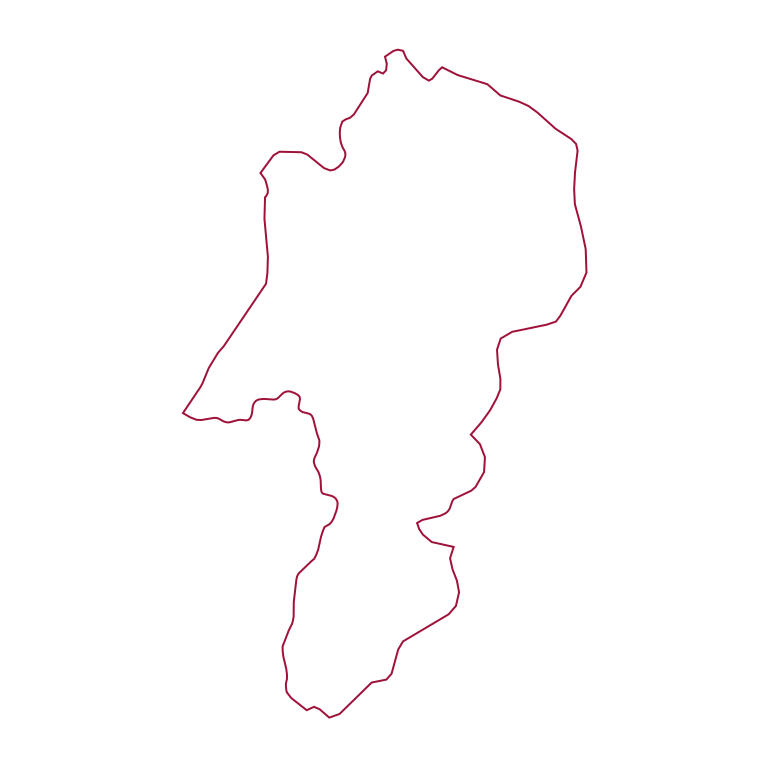 the border of Brescia, rotated 181°
{"feature_id": "ITA-5445", "entity_name": "Brescia", "entity_type": "Province", "adm_level": 1, "iso_a3": "ITA", "parent_name": "Italy", "parent_adm1": "", "projection": "orthographic", "projection_center": [10.383, 45.779], "detail": "fine", "context": "isolated", "style": "outline", "palette": "rose", "viewbox_px": 768, "rotation_deg": 181, "n_neighbors": 0, "source": "natural_earth", "source_scale": "10m", "svg_char_len": 3413}
<svg xmlns="http://www.w3.org/2000/svg" viewBox="0 0 768 768"><g transform="rotate(181 384 384)"><path d="M197.1,588.0L197.1,587.6L197.3,582.3L196.3,567.1L189.9,545.2L184.7,522.5L183.5,499.0L189.3,484.6L198.1,475.5L208.9,455.3L213.2,449.4L222.5,446.1L230.6,444.3L256.8,438.4L268.1,431.5L271.6,420.3L270.4,405.6L267.7,391.2L267.6,380.7L271.2,371.5L277.2,360.1L278.5,358.1L285.9,347.4L296.3,334.9L287.0,325.5L281.8,312.6L282.4,297.7L290.7,282.6L295.0,278.8L312.4,270.2L313.7,267.9L316.2,260.4L318.1,257.6L320.4,255.7L325.5,253.2L343.1,248.8L348.5,245.6L346.3,239.6L342.5,234.1L333.5,226.8L311.5,222.3L314.9,211.0L312.3,200.0L307.7,188.8L305.3,177.1L308.2,163.4L315.3,154.9L360.5,127.0L365.2,118.7L371.4,94.4L376.5,88.5L391.1,85.3L422.7,53.3L432.9,49.5L442.7,57.7L448.3,60.0L455.6,56.5L471.3,68.4L475.6,73.8L476.3,75.9L476.8,80.3L476.8,82.7L476.4,85.0L475.9,87.2L475.9,91.4L476.7,97.2L479.9,109.8L480.7,115.7L480.8,119.9L475.0,135.7L471.6,143.0L470.9,145.9L470.3,149.7L470.4,164.5L468.2,186.9L467.5,190.2L466.7,191.9L465.6,193.5L453.6,205.5L450.8,207.9L449.0,211.5L447.0,216.9L444.3,230.2L442.5,236.1L441.0,239.9L435.9,243.0L434.0,245.2L432.1,248.7L429.4,256.4L428.5,260.7L428.3,264.2L428.8,266.2L429.8,267.9L431.0,269.3L432.6,270.4L434.6,271.2L443.0,273.3L444.2,274.3L444.8,275.8L445.2,278.2L445.6,286.0L446.0,288.6L446.5,290.7L447.2,292.7L447.9,294.6L451.4,300.4L452.7,303.9L452.8,306.5L452.2,308.8L449.7,314.5L447.9,320.4L447.6,323.9L447.7,326.7L450.2,333.4L454.1,347.7L455.3,350.5L456.5,351.9L458.0,352.9L464.8,354.5L466.9,355.6L468.8,357.5L469.0,360.2L467.7,367.5L468.2,369.8L469.6,371.4L473.1,373.3L477.0,374.7L479.2,375.0L481.2,374.8L483.1,374.1L484.7,373.2L490.1,367.8L491.8,366.9L493.9,366.5L503.7,367.0L508.2,366.5L510.1,365.9L511.8,364.9L513.1,363.4L514.1,361.7L514.7,359.7L515.0,357.5L515.4,352.8L515.9,350.7L516.6,348.7L517.6,347.1L518.9,345.8L520.7,345.2L527.2,345.7L529.4,345.4L537.4,343.1L539.5,342.8L541.7,343.2L543.7,343.8L548.9,346.6L550.8,347.1L553.1,347.2L566.1,344.8L569.8,344.9L571.3,345.1L577.1,347.3L584.5,351.4L567.5,377.7L565.5,381.5L559.6,396.7L550.6,412.2L544.6,419.4L503.7,482.2L502.5,493.1L502.3,509.2L506.4,546.9L506.2,568.7L505.2,569.6L503.6,572.9L503.5,576.0L504.4,580.1L506.4,586.4L511.0,592.6L511.2,592.8L498.5,610.7L492.6,614.4L470.7,614.3L464.9,612.2L447.7,598.8L441.5,596.6L437.4,597.5L432.8,600.7L428.9,605.3L426.8,610.4L426.6,613.8L427.3,616.0L429.8,620.4L431.4,624.8L432.3,629.6L432.6,634.4L432.3,639.4L430.3,645.6L426.8,648.0L422.7,649.5L418.8,653.0L405.4,674.7L403.2,689.0L401.6,692.2L395.7,696.5L390.4,694.4L387.4,697.7L386.8,704.1L388.7,711.3L380.4,717.2L376.0,718.5L370.8,717.5L367.3,709.8L350.6,691.6L344.4,688.1L341.1,690.1L334.6,698.7L331.4,701.7L331.2,701.6L331.0,701.4L330.8,701.4L330.6,701.3L330.3,701.1L330.1,701.0L329.8,700.9L329.5,700.7L329.1,700.6L328.8,700.4L328.4,700.2L328.0,700.1L327.6,699.9L327.2,699.7L326.8,699.5L326.4,699.3L325.9,699.0L325.5,698.8L325.0,698.6L324.5,698.4L324.1,698.2L323.6,698.0L323.1,697.7L322.7,697.5L322.2,697.3L321.8,697.1L321.3,696.9L320.9,696.6L320.4,696.4L320.0,696.2L319.6,696.0L319.2,695.8L318.8,695.7L318.4,695.5L318.1,695.3L317.8,695.2L317.5,695.0L317.2,694.9L316.9,694.8L316.7,694.6L316.3,694.5L316.1,694.4L315.9,694.3L315.8,694.2L286.0,685.6L272.6,674.5L254.1,668.7L244.4,664.5L235.2,658.0L216.8,642.1L201.0,632.2L196.1,627.3L194.5,620.6L196.7,599.0L197.1,588.0Z" fill="none" stroke="#9f1239" stroke-width="2"/></g></svg>